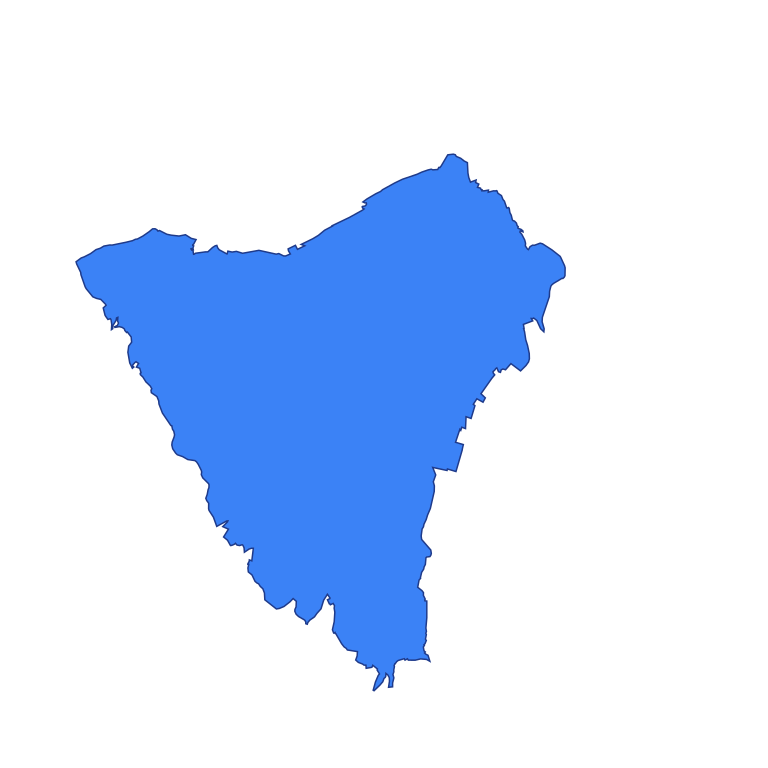 outline of Acatari, Mures, Romania, rotated 59°
{"feature_id": "2599482B54734654419593", "entity_name": "Acatari", "entity_type": "district", "adm_level": 2, "iso_a3": "ROU", "parent_name": "Romania", "parent_adm1": "Mures", "projection": "mercator", "projection_center": [24.657, 46.46], "detail": "fine", "context": "isolated", "style": "filled", "palette": "blue", "viewbox_px": 768, "rotation_deg": 59, "n_neighbors": 0, "source": "geoboundaries", "source_scale": "gbopen_adm2", "svg_char_len": 6146}
<svg xmlns="http://www.w3.org/2000/svg" viewBox="0 0 768 768"><g transform="rotate(59 384 384)"><path d="M521.4,592.1L522.5,589.3L523.2,584.3L522.3,576.9L521.1,572.4L525.1,571.1L529.8,574.2L531.3,576.4L532.9,577.5L536.1,577.9L539.3,577.0L545.5,573.6L547.6,573.6L549.2,574.5L550.4,573.5L549.2,572.1L548.2,569.2L547.8,563.5L546.1,559.7L544.3,553.8L538.2,547.0L535.1,540.8L539.6,540.5L540.1,540.9L539.8,543.6L544.2,544.1L544.4,543.7L545.6,543.7L545.9,540.6L548.5,540.6L550.5,542.2L554.3,543.7L562.1,549.1L568.1,554.8L571.5,555.4L571.8,553.9L572.6,554.4L573.2,553.9L584.8,554.1L588.8,553.6L591.2,552.5L593.1,552.4L599.7,544.6L603.3,547.1L606.0,550.4L609.4,549.4L613.0,546.6L614.7,545.9L615.7,544.3L618.5,545.7L620.4,540.9L620.5,540.0L619.3,538.5L624.9,536.4L625.6,537.2L630.2,537.2L630.8,539.0L635.0,544.8L640.9,551.0L641.8,550.5L640.0,542.6L638.6,538.4L636.4,535.7L636.1,534.0L635.4,533.0L633.1,531.4L635.3,530.6L638.4,530.7L641.6,532.4L646.3,536.3L648.0,532.6L644.7,530.6L641.0,526.9L637.6,525.9L635.8,523.8L634.1,522.9L631.6,520.6L630.7,520.5L629.4,518.8L629.6,518.6L628.5,516.1L628.3,514.2L629.9,508.1L631.5,508.2L631.6,505.4L633.2,505.4L636.8,499.5L638.5,494.2L642.0,489.4L645.3,487.5L639.2,486.0L637.1,487.3L635.4,487.8L635.0,486.6L633.3,487.1L630.1,485.9L629.5,485.5L629.0,484.1L628.1,484.1L627.8,482.7L625.6,479.8L624.1,479.9L620.5,476.7L619.2,476.6L618.0,475.1L614.8,473.8L606.4,467.7L592.1,459.1L590.9,460.6L589.9,460.2L589.7,459.6L589.2,459.4L585.5,459.1L583.1,457.6L580.6,457.9L575.6,459.8L570.1,454.9L569.4,452.7L568.6,452.4L564.8,448.7L563.1,445.3L561.5,443.9L560.0,441.5L554.5,437.5L554.3,436.5L555.6,433.5L554.8,431.9L553.6,430.7L550.4,429.4L536.6,431.8L533.4,430.4L527.9,426.0L526.7,423.7L524.8,422.0L521.9,417.6L518.8,414.2L514.6,408.4L502.0,396.3L497.3,393.3L493.2,392.1L488.6,386.5L480.6,385.2L490.6,374.5L489.5,373.4L496.1,367.4L481.0,351.1L479.7,350.0L476.8,347.2L470.8,352.7L461.9,342.3L463.3,342.1L461.1,339.6L464.2,337.1L454.3,330.5L458.4,327.1L449.4,317.2L447.4,317.9L444.5,312.0L450.6,308.5L448.1,304.3L442.3,305.9L434.7,288.7L433.2,284.4L430.8,284.7L429.6,284.2L429.0,281.5L428.4,280.5L428.3,279.0L432.5,279.5L434.0,278.2L432.2,276.2L432.4,274.3L434.4,272.5L431.9,264.7L443.1,260.2L441.3,252.8L439.5,248.7L437.3,246.4L432.7,243.8L424.9,241.1L419.1,239.7L411.6,236.6L408.5,235.8L408.7,235.4L404.7,233.8L406.5,224.0L403.7,224.0L404.7,222.3L404.6,221.7L408.3,220.3L417.3,221.3L421.6,220.1L419.2,218.3L412.1,216.4L408.4,213.9L394.3,197.3L389.8,194.3L386.1,190.6L385.4,188.9L385.1,186.6L385.1,177.0L385.7,176.4L385.3,174.5L384.4,173.1L377.7,168.9L375.6,168.3L366.4,167.3L365.2,167.3L355.5,171.0L345.5,175.9L343.7,177.6L342.6,183.5L341.5,185.2L341.5,188.1L343.2,191.0L342.4,191.5L338.4,191.7L336.3,190.2L333.0,189.2L326.7,188.8L323.8,189.3L323.0,188.5L323.1,188.1L325.2,186.5L324.2,186.1L322.0,186.9L319.6,188.9L319.0,188.8L318.3,187.9L316.8,188.3L314.3,187.6L311.6,188.2L310.3,189.3L309.3,189.4L304.9,188.0L301.9,187.8L297.9,186.2L296.9,186.3L296.6,187.8L296.2,188.1L289.3,186.6L287.1,187.0L283.0,186.3L279.2,188.1L276.6,187.7L276.1,188.1L276.1,188.7L274.8,190.7L273.3,195.9L271.6,194.6L270.0,198.7L268.8,200.6L267.9,199.9L267.2,200.7L265.8,200.4L263.6,202.6L261.5,199.8L258.5,201.7L256.6,200.0L255.5,205.9L250.7,205.0L246.4,203.4L237.2,198.5L234.2,200.4L230.0,202.0L226.2,204.8L224.2,204.8L222.7,206.2L220.4,211.3L226.5,222.6L227.3,224.6L226.6,225.2L226.7,225.7L227.8,227.5L225.6,231.8L224.2,232.9L223.2,236.0L221.8,242.6L221.3,247.4L218.0,262.7L217.2,271.2L216.7,285.2L217.2,287.8L216.7,293.0L216.6,303.3L217.1,308.3L218.9,307.1L219.6,305.9L220.8,306.3L221.5,307.6L221.6,308.8L220.7,311.0L220.9,311.5L222.2,311.7L223.7,310.9L223.9,313.0L223.4,327.8L221.6,346.9L222.1,346.8L221.6,355.7L222.8,363.7L222.8,370.2L221.7,383.1L224.7,380.8L224.0,388.8L219.5,388.5L218.8,396.6L220.7,397.3L224.3,397.3L223.6,402.4L222.5,404.1L218.0,407.0L217.2,409.5L205.0,422.4L199.1,437.9L194.3,442.2L192.7,446.2L189.7,449.4L191.7,451.4L191.4,451.8L184.1,456.1L181.7,456.4L179.1,455.9L178.6,457.5L178.7,460.8L180.0,466.9L178.7,469.2L174.8,478.3L175.0,479.6L174.7,480.4L171.0,478.9L170.3,479.8L168.7,479.9L168.6,479.5L170.4,478.2L169.0,477.7L167.6,476.0L166.7,476.6L166.2,476.3L166.0,475.0L163.4,470.7L159.9,474.2L153.8,477.3L151.6,483.5L146.7,489.9L143.8,493.0L136.8,497.4L136.5,499.0L134.8,499.2L133.0,500.3L131.8,502.5L132.5,506.9L133.0,514.5L132.7,520.7L131.9,522.6L131.6,525.8L129.6,532.2L124.9,545.5L123.6,547.5L121.5,553.1L121.5,557.2L120.5,561.6L121.1,568.4L120.6,575.5L120.0,578.7L120.6,585.0L122.8,585.6L132.1,586.5L134.3,587.5L146.7,590.1L148.9,590.2L159.3,588.7L162.6,586.3L165.6,583.2L172.4,581.6L173.4,581.7L174.2,585.5L181.4,587.7L182.8,587.7L186.5,587.4L187.1,584.9L188.4,584.9L192.7,586.7L197.0,589.6L196.9,588.1L194.3,586.3L191.5,580.9L189.6,579.2L189.8,577.8L192.8,579.9L195.0,580.2L196.5,582.4L196.2,585.4L196.9,585.5L198.5,581.4L200.6,579.3L203.0,578.2L204.8,578.6L207.3,578.1L207.3,577.2L213.5,576.5L218.2,578.8L220.0,583.3L224.9,587.2L235.0,591.1L240.9,591.6L240.6,589.7L239.4,590.2L238.3,589.6L237.3,586.5L237.2,585.1L240.0,583.8L242.0,587.5L244.7,585.3L249.3,586.5L249.3,587.5L250.5,588.0L253.9,587.1L259.6,587.0L265.4,585.4L268.5,585.5L269.3,586.9L271.6,587.9L277.8,585.1L282.4,585.8L285.3,587.2L294.8,588.9L309.8,588.1L310.4,587.4L313.9,588.6L316.2,588.5L319.7,589.7L321.3,591.2L324.7,595.5L327.0,597.3L330.7,598.5L335.9,598.2L338.2,597.6L342.5,594.0L347.7,591.1L352.3,585.5L354.2,584.8L357.3,584.6L363.9,585.1L365.5,585.6L367.6,587.3L371.2,587.7L379.1,585.7L380.3,585.9L382.6,587.4L384.0,589.2L387.6,592.4L390.2,595.6L392.6,596.0L395.9,595.7L400.6,598.6L402.3,599.1L410.3,598.8L419.9,600.7L420.4,589.2L420.9,588.3L421.6,589.3L423.2,595.7L428.3,592.1L432.5,600.3L437.3,598.6L443.1,598.8L443.6,598.6L444.1,596.6L444.3,594.6L444.0,593.4L446.3,593.0L448.1,591.0L448.7,588.4L449.5,588.0L452.3,588.3L456.3,590.3L456.0,584.7L456.5,582.3L457.5,580.6L467.5,588.4L465.4,590.0L466.5,590.8L468.0,593.3L468.3,593.5L468.5,592.8L468.9,592.8L471.6,595.4L475.2,597.1L479.7,595.5L486.8,596.2L489.4,595.3L490.6,594.4L493.8,594.3L497.1,593.3L501.5,594.1L507.6,597.3L521.4,592.1Z" fill="#3b82f6" stroke="#1e3a8a" stroke-width="1.5"/></g></svg>